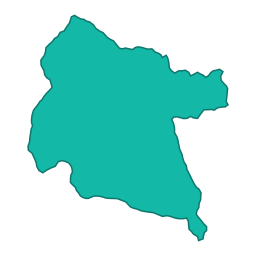 Indaiatuba, São Paulo, Brazil (Albers equal-area conic projection)
{"feature_id": "56859067B18588423436389", "entity_name": "Indaiatuba", "entity_type": "district", "adm_level": 2, "iso_a3": "BRA", "parent_name": "Brazil", "parent_adm1": "São Paulo", "projection": "albers", "projection_center": [-47.191, -23.112], "detail": "fine", "context": "isolated", "style": "filled", "palette": "teal", "viewbox_px": 256, "rotation_deg": 0, "n_neighbors": 0, "source": "geoboundaries", "source_scale": "gbopen_adm2", "svg_char_len": 2496}
<svg xmlns="http://www.w3.org/2000/svg" viewBox="0 0 256 256"><path d="M203.1,238.8L203.6,235.4L204.4,232.6L206.6,230.5L206.6,226.6L203.8,223.9L200.8,220.1L198.5,217.3L196.3,214.4L196.8,211.1L198.8,207.4L199.1,203.4L200.6,199.8L200.7,196.1L201.1,193.1L199.1,189.3L196.2,187.0L193.7,183.1L192.0,179.6L189.9,175.2L187.0,169.6L186.2,165.3L184.1,162.2L182.8,158.2L182.1,154.7L179.6,148.9L178.6,143.9L177.9,140.4L177.2,137.3L174.6,132.8L174.5,128.0L173.6,123.6L171.7,119.4L173.8,117.1L176.6,116.8L180.6,117.7L183.8,118.6L187.1,118.3L190.6,116.4L193.2,117.8L197.5,118.4L201.3,113.1L203.9,109.8L207.4,109.7L211.2,109.5L214.4,110.1L217.2,108.0L220.8,107.1L225.1,106.9L228.0,104.8L226.2,101.4L226.7,97.7L227.2,92.9L227.6,88.7L226.5,86.2L224.3,84.0L221.2,80.4L220.7,76.1L223.0,71.7L219.5,69.3L216.5,70.2L213.3,70.8L210.8,72.6L208.4,75.8L205.7,77.3L203.0,75.1L200.4,74.0L197.5,72.3L193.6,74.4L190.7,75.9L188.7,72.3L185.2,70.2L182.1,70.8L178.8,70.8L174.7,73.1L171.7,70.9L169.4,67.9L168.7,62.0L167.6,57.7L166.1,55.3L162.4,57.5L160.9,54.8L158.6,53.3L155.4,52.2L152.0,48.9L147.4,49.1L143.8,48.0L140.5,47.2L137.7,46.9L135.1,47.6L132.7,49.5L129.2,48.9L125.4,48.0L122.3,48.9L119.4,48.2L116.4,44.5L113.5,40.9L110.2,39.3L107.4,37.5L105.2,35.1L103.1,32.7L99.7,31.1L95.8,28.4L93.6,25.0L89.5,21.9L86.1,21.0L84.0,19.4L81.0,19.0L78.1,17.6L74.6,15.4L71.4,16.8L70.6,19.6L69.3,23.4L67.5,25.6L65.9,28.0L64.2,30.9L60.2,32.4L57.7,36.6L54.4,38.6L52.5,41.4L49.0,44.5L46.0,47.7L45.5,51.6L44.4,55.3L42.7,57.6L40.9,60.1L41.1,65.2L44.0,70.7L44.7,74.8L46.9,77.9L49.9,79.8L50.9,83.0L52.1,87.3L49.3,90.5L46.4,93.4L43.9,96.6L42.0,99.7L39.8,101.6L38.2,104.2L36.1,106.9L33.6,110.1L32.2,114.6L31.6,118.5L31.5,122.0L32.5,126.0L31.1,129.4L30.7,132.4L30.2,135.6L29.8,138.7L29.5,141.9L28.0,146.3L28.4,150.2L32.1,153.3L33.5,156.4L35.2,160.1L36.2,162.8L36.8,166.4L38.9,170.4L42.8,172.8L46.9,170.0L51.1,167.9L55.3,166.3L58.0,161.9L61.7,160.6L65.4,161.5L68.5,162.8L70.7,165.3L72.0,168.5L72.4,172.2L71.0,174.9L70.5,178.3L70.5,182.5L73.2,185.4L75.5,187.6L76.4,190.4L78.5,192.8L80.2,195.6L82.4,197.3L85.7,198.4L88.3,198.4L90.9,197.3L94.2,196.0L98.7,196.1L102.4,196.9L106.6,198.2L110.5,198.4L117.2,198.6L126.0,202.0L128.4,204.8L130.6,207.0L133.5,208.2L137.1,209.1L141.1,210.8L147.3,211.9L153.4,212.7L158.7,214.8L162.5,216.4L166.8,215.7L169.7,216.2L174.7,217.9L177.9,218.6L183.6,218.7L186.3,217.9L188.3,221.0L188.6,225.0L189.0,229.1L191.7,231.8L193.5,234.2L197.5,236.5L198.6,240.6L203.1,238.8Z" fill="#14b8a6" stroke="#0f766e" stroke-width="1.5"/></svg>